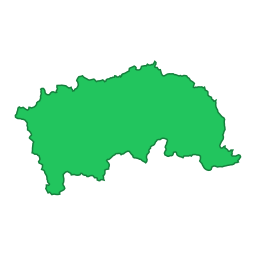 outline of Domingos Martins, Espírito Santo, Brazil
{"feature_id": "56859067B46738246556776", "entity_name": "Domingos Martins", "entity_type": "district", "adm_level": 2, "iso_a3": "BRA", "parent_name": "Brazil", "parent_adm1": "Espírito Santo", "projection": "albers", "projection_center": [-40.844, -20.318], "detail": "fine", "context": "isolated", "style": "filled", "palette": "green", "viewbox_px": 256, "rotation_deg": 0, "n_neighbors": 0, "source": "geoboundaries", "source_scale": "gbopen_adm2", "svg_char_len": 5768}
<svg xmlns="http://www.w3.org/2000/svg" viewBox="0 0 256 256"><path d="M15.4,115.3L15.5,117.1L16.4,117.8L17.8,118.5L19.6,118.6L20.7,118.7L21.8,119.2L23.1,119.3L24.8,119.9L27.2,122.7L27.3,124.2L27.0,125.5L27.7,127.2L27.6,128.5L27.6,129.9L28.9,130.7L29.8,131.6L30.7,132.8L31.4,134.1L31.4,135.3L30.1,136.4L29.4,137.9L30.2,138.8L32.4,140.5L33.7,142.0L33.0,143.5L32.9,144.8L32.5,148.1L32.5,149.6L32.4,151.2L32.1,152.8L33.4,153.2L34.5,154.1L36.0,154.2L37.2,154.4L37.9,155.4L39.0,155.8L39.5,157.2L40.0,159.1L39.5,160.3L38.6,161.6L39.1,163.0L40.9,163.8L42.5,164.8L42.5,166.1L42.4,167.4L41.6,169.4L43.6,170.1L44.7,171.5L44.8,172.7L46.6,175.8L47.0,177.7L47.0,179.3L47.7,180.7L47.6,181.9L48.5,183.0L49.5,184.1L48.7,185.3L47.6,185.0L46.4,185.0L46.4,187.0L45.8,188.6L46.4,189.7L47.1,191.0L48.1,192.9L49.7,192.2L51.9,194.6L53.2,194.2L54.5,194.1L55.8,194.4L57.2,194.5L58.6,194.4L59.8,194.1L59.4,192.4L60.8,191.3L62.6,190.5L64.0,189.6L64.8,188.4L64.2,186.7L63.1,184.9L62.8,183.7L63.4,182.8L63.7,181.5L63.8,180.0L63.8,178.6L63.4,176.8L63.2,174.5L64.2,173.5L65.5,172.1L67.5,171.5L70.8,173.4L71.3,174.9L72.9,174.6L74.4,174.5L76.2,175.1L78.0,175.2L79.9,174.8L80.9,173.3L82.0,173.5L83.1,174.7L84.4,175.2L86.1,175.3L87.0,176.5L88.5,176.5L90.1,175.7L91.7,175.5L92.8,175.6L93.8,176.6L94.5,177.7L96.2,177.7L97.3,178.3L97.2,179.9L98.7,180.6L99.8,180.7L100.6,179.7L102.2,179.6L104.0,180.1L103.5,178.7L103.5,177.4L103.2,175.7L104.3,174.8L104.9,173.4L104.9,170.1L106.2,169.4L108.6,169.0L108.6,167.6L109.1,166.3L109.3,164.8L108.7,163.2L107.5,161.9L106.6,160.4L107.6,159.4L108.8,159.5L110.0,158.6L111.1,157.6L112.4,156.3L113.3,155.5L114.6,154.9L116.0,153.6L117.2,153.6L118.6,153.4L120.3,153.5L121.1,154.7L122.3,154.0L123.6,153.8L124.7,152.8L126.3,151.8L127.9,151.2L129.4,151.5L131.8,154.7L132.8,155.4L133.0,156.9L134.1,157.8L135.8,157.9L138.2,158.5L139.6,159.2L141.1,159.5L141.9,160.4L143.2,161.3L144.4,161.8L145.7,162.8L146.7,161.6L147.1,159.7L146.5,158.0L146.5,156.2L147.0,154.5L148.3,153.2L149.2,151.9L148.8,150.3L149.4,149.2L150.5,148.3L150.5,146.9L151.7,145.9L153.2,145.3L154.3,144.5L155.0,143.2L155.5,142.0L156.3,141.2L157.2,139.9L158.6,139.5L160.0,139.6L162.0,138.3L163.4,138.2L164.6,138.4L167.0,139.4L167.5,140.8L166.7,142.8L166.5,144.4L165.7,145.5L165.2,147.2L166.0,148.6L166.0,150.0L165.2,151.1L164.4,153.1L165.0,154.9L166.3,155.5L167.4,156.2L168.8,156.3L169.9,155.6L171.3,155.7L172.5,155.3L173.3,153.8L173.5,152.4L175.3,151.9L176.4,152.5L176.7,154.0L177.3,155.2L178.5,156.0L179.8,156.6L181.3,156.9L183.0,157.7L184.0,156.0L185.8,156.0L187.0,156.0L188.6,156.0L190.1,155.3L191.3,156.1L192.7,154.6L195.6,154.5L196.9,155.0L198.8,155.1L200.4,156.1L200.5,157.8L200.3,159.7L199.7,161.0L200.7,162.2L201.9,163.6L202.6,165.2L203.3,166.4L204.0,167.6L204.7,168.5L206.4,169.7L208.3,170.3L210.0,170.2L211.2,169.3L211.5,168.2L212.0,166.9L213.7,166.0L215.1,166.1L217.6,167.0L218.8,166.7L220.5,166.6L222.3,166.8L223.9,166.2L225.9,165.8L227.8,165.3L229.2,165.1L230.4,164.8L232.1,164.7L233.8,164.1L234.9,162.9L236.1,162.6L237.2,162.5L238.4,162.0L237.7,160.7L238.9,159.5L240.6,156.9L240.0,155.4L238.6,154.8L237.2,155.4L235.8,156.1L232.2,156.0L231.4,154.9L232.2,154.0L232.0,152.7L232.1,151.5L232.8,150.1L230.9,150.1L229.8,151.2L228.5,151.3L227.5,149.8L226.3,148.8L225.0,148.0L225.0,146.1L223.8,146.6L222.8,147.7L221.7,148.1L220.6,147.8L220.0,146.6L219.7,145.5L220.4,143.8L221.3,141.9L223.1,139.1L223.4,137.6L223.3,136.1L222.7,134.9L223.4,133.8L223.8,132.1L224.3,130.8L225.0,129.7L224.9,128.4L224.8,127.2L224.4,125.5L224.4,124.0L224.2,122.4L224.3,120.7L224.6,119.4L223.8,117.8L222.3,117.0L221.2,115.9L219.7,114.1L218.5,112.8L217.8,111.7L217.6,110.2L216.6,108.4L215.9,106.6L215.7,104.5L215.9,102.9L215.6,101.6L215.9,100.3L214.8,100.9L213.7,101.1L213.1,100.0L211.7,99.1L211.4,97.3L209.2,96.3L208.0,95.2L207.9,93.6L207.9,91.9L206.8,90.8L205.2,90.1L204.9,88.6L204.5,87.2L203.3,87.9L201.9,86.9L200.4,87.0L198.0,86.9L197.0,87.5L195.9,87.1L194.5,87.7L193.4,87.3L193.6,85.6L194.4,83.4L193.4,82.4L192.2,81.5L190.5,80.5L189.1,78.3L187.7,77.5L186.6,75.9L185.2,75.6L183.8,75.5L181.9,76.2L180.3,75.5L179.1,76.0L175.7,74.7L174.3,74.6L173.2,73.8L172.1,73.8L170.8,73.9L169.5,73.8L167.8,74.0L166.4,74.6L165.2,75.4L163.9,76.0L162.5,75.5L161.4,73.6L160.8,71.4L160.3,69.7L158.9,69.8L157.9,68.8L157.2,67.5L155.9,67.5L154.7,66.9L155.0,65.3L155.8,64.4L156.0,62.6L154.8,61.4L154.0,63.0L152.8,64.6L151.7,64.5L150.2,65.2L148.7,65.0L147.4,64.2L146.3,65.8L145.2,65.7L143.2,66.0L141.5,66.4L141.0,68.1L140.4,69.3L138.9,70.0L137.0,69.9L135.8,69.3L136.1,67.8L135.4,66.8L134.2,66.1L132.7,66.9L130.8,67.7L129.4,68.4L129.2,69.7L129.0,71.1L128.0,71.5L126.9,72.1L125.6,72.9L124.3,73.5L123.0,73.8L121.9,74.5L121.5,76.0L120.7,76.9L120.0,75.8L118.7,76.9L117.1,77.1L115.9,76.0L114.8,75.8L114.5,77.2L113.0,77.2L111.6,77.9L110.4,77.9L109.3,78.8L107.6,79.0L106.4,79.6L105.9,81.0L104.7,81.7L103.8,80.6L102.7,79.9L101.4,80.5L99.4,80.9L97.7,81.0L96.4,81.6L95.0,80.1L93.9,79.1L89.7,80.1L88.2,79.8L86.9,78.9L85.1,78.0L83.5,77.0L82.5,75.8L81.1,76.3L80.0,76.5L78.9,76.7L78.1,77.7L77.1,79.4L76.7,80.7L77.7,81.9L78.1,83.5L78.3,85.2L77.6,86.8L76.6,88.5L75.0,89.1L74.1,90.7L72.7,91.0L72.4,89.8L71.4,88.5L71.1,87.3L69.0,88.1L67.9,87.4L66.8,86.6L66.0,85.9L64.5,85.6L63.0,85.4L61.7,85.2L60.1,85.4L58.3,85.4L57.0,85.5L56.9,87.2L57.5,88.9L56.9,89.9L56.2,91.2L56.6,92.4L55.2,92.6L53.6,91.9L52.0,91.9L50.6,93.0L49.5,94.6L48.1,94.8L46.5,94.4L45.1,92.8L44.9,90.9L44.4,89.7L43.5,88.5L41.9,88.4L40.7,89.2L41.2,90.3L40.9,92.0L41.3,93.5L40.9,95.0L40.5,96.5L40.7,98.1L40.2,99.3L39.7,100.8L37.9,101.7L36.7,102.9L36.6,104.2L35.7,105.7L34.4,106.9L31.4,108.0L30.1,107.4L29.0,107.3L28.8,109.0L27.6,110.2L25.8,109.3L23.1,107.3L21.8,107.8L20.4,107.9L19.5,107.0L18.4,107.5L17.9,108.7L17.7,110.2L17.0,112.2L16.6,114.1L15.4,115.3Z" fill="#22c55e" stroke="#15803d" stroke-width="1.5"/></svg>